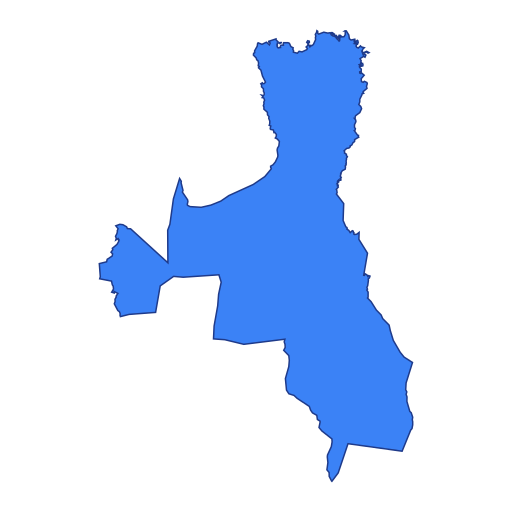 Norðurþing, Norðurland eystra, Iceland
{"feature_id": "244011B18729557885943", "entity_name": "Norðurþing", "entity_type": "district", "adm_level": 2, "iso_a3": "ISL", "parent_name": "Iceland", "parent_adm1": "Norðurland eystra", "projection": "orthographic", "projection_center": [-16.378, 66.009], "detail": "fine", "context": "isolated", "style": "filled", "palette": "blue", "viewbox_px": 512, "rotation_deg": 0, "n_neighbors": 0, "source": "geoboundaries", "source_scale": "gbopen_adm2", "svg_char_len": 5916}
<svg xmlns="http://www.w3.org/2000/svg" viewBox="0 0 512 512"><path d="M366.9,82.5L364.3,81.3L363.2,82.3L361.5,81.6L361.2,78.7L364.2,75.2L361.4,72.8L360.8,73.5L359.7,73.0L359.7,71.8L361.2,71.6L361.3,69.1L359.6,67.4L359.4,66.6L359.7,65.5L359.2,64.7L361.0,64.6L361.3,65.5L361.0,66.3L362.8,65.9L363.0,64.8L362.6,63.4L360.6,63.5L361.2,62.4L360.8,62.0L361.2,60.8L360.0,58.6L363.7,56.4L365.0,57.2L365.9,55.1L364.9,54.1L363.2,54.9L362.3,52.4L363.2,53.1L366.3,51.9L368.0,53.1L369.0,52.6L366.6,51.3L363.8,52.6L362.6,52.2L362.0,51.1L363.0,48.9L364.3,47.7L361.3,46.9L360.5,45.9L358.3,48.0L356.8,47.4L356.0,46.0L356.7,44.4L357.4,44.3L357.1,43.2L358.2,42.9L357.9,40.8L357.3,40.3L355.3,42.1L356.9,43.3L357.0,44.1L354.5,43.6L355.3,43.1L354.2,41.9L354.2,41.1L355.2,41.9L354.8,39.2L351.1,40.0L349.4,38.8L348.8,35.0L346.3,30.9L345.0,30.8L344.7,31.0L345.3,31.0L345.2,34.7L344.0,36.7L342.3,36.9L340.0,35.2L339.0,35.4L338.8,36.3L339.2,35.4L341.9,36.9L339.9,37.1L339.6,40.7L339.1,41.1L337.9,39.5L338.2,38.7L337.4,39.3L336.1,37.8L336.5,37.1L335.5,36.8L336.1,36.3L335.3,35.5L334.2,35.1L334.2,36.1L333.2,36.1L331.4,35.0L330.2,32.7L327.8,33.1L323.8,32.2L318.7,34.1L317.8,33.4L317.7,31.3L316.9,30.7L316.5,32.5L315.3,34.4L315.8,36.2L315.4,37.4L315.6,39.6L313.4,44.4L312.2,45.5L309.9,45.4L311.2,45.8L309.9,46.9L307.8,42.9L309.2,42.4L309.4,43.3L309.3,41.2L307.7,40.7L306.7,42.3L308.0,43.7L307.8,45.4L306.1,47.0L307.4,48.4L306.7,49.7L302.0,51.9L299.1,51.3L297.4,53.2L293.4,52.2L293.5,50.4L292.8,49.3L293.2,47.8L290.9,46.6L289.4,43.3L288.0,42.7L283.7,42.7L283.2,44.2L283.4,45.2L280.9,45.2L280.2,46.8L280.5,47.5L278.1,47.9L277.2,46.8L277.1,46.1L277.4,45.9L276.9,44.9L277.3,44.5L277.3,43.2L278.1,43.2L278.2,42.0L276.0,39.8L276.0,38.9L268.7,41.3L268.7,42.0L269.7,42.2L270.1,43.2L269.4,44.9L266.4,42.2L262.0,44.3L258.1,42.8L257.6,43.5L257.2,46.2L254.6,50.8L254.7,52.7L253.6,53.3L253.4,55.1L256.2,58.0L256.7,59.8L257.9,60.6L258.6,63.0L258.2,65.8L259.3,66.5L258.5,67.8L260.9,70.1L262.5,76.1L265.5,82.1L264.3,83.5L262.8,83.7L262.3,82.8L260.8,83.8L261.6,84.9L261.5,86.8L263.4,88.7L263.5,91.5L264.2,92.7L264.2,94.5L262.2,97.6L263.7,97.9L264.6,100.2L263.8,102.1L264.0,103.7L263.3,105.8L263.9,106.9L263.9,109.2L267.4,112.3L267.5,114.8L269.0,116.6L268.7,118.3L269.8,121.1L269.7,124.0L269.2,125.3L270.8,126.0L270.2,128.4L270.5,129.4L273.4,130.0L274.1,133.3L274.1,132.3L274.7,132.3L276.4,134.5L276.2,136.6L275.3,138.0L277.3,139.0L279.4,141.5L278.8,146.0L277.5,148.1L277.1,150.0L277.9,155.3L277.7,157.0L275.3,162.0L273.0,164.8L270.6,166.2L270.7,167.7L271.3,168.2L271.0,169.2L264.8,176.6L253.2,184.5L228.8,195.6L220.8,201.1L210.9,205.1L201.2,207.3L190.0,206.6L187.5,205.3L187.3,204.2L187.9,201.6L187.6,199.8L182.4,192.1L183.0,190.4L181.1,182.8L181.3,181.3L179.6,178.5L173.4,198.9L169.9,224.3L167.7,230.2L167.9,262.8L130.6,228.8L127.4,228.6L126.6,226.8L122.9,224.7L119.8,224.3L115.8,225.8L118.1,228.7L117.2,230.9L117.4,231.6L116.9,233.6L115.5,236.3L116.3,238.3L115.8,240.0L118.1,238.5L118.8,239.6L117.9,239.6L118.7,240.0L118.8,241.2L117.0,244.4L112.3,248.3L112.8,249.7L111.0,252.2L112.6,253.8L112.2,256.0L107.2,259.3L106.6,261.8L99.3,263.6L100.3,276.7L99.7,278.8L111.5,281.1L112.3,284.8L113.2,286.2L113.5,289.0L111.7,292.2L114.2,293.0L114.2,291.5L117.9,293.4L116.1,296.1L116.2,297.1L115.0,299.2L115.1,301.5L114.3,303.8L117.8,310.5L119.4,311.7L120.2,313.8L120.0,315.1L120.4,316.6L129.1,314.4L155.6,312.4L160.2,285.9L173.6,276.4L183.2,277.2L218.9,274.8L221.2,282.2L218.6,294.3L217.7,305.8L214.1,326.0L213.5,338.9L224.8,339.7L243.8,344.3L284.9,339.2L284.2,341.9L285.0,344.3L285.2,347.4L283.7,350.3L288.8,355.6L289.3,360.4L288.8,366.6L285.4,378.6L286.5,390.1L288.9,393.8L294.0,395.4L297.2,398.4L309.3,406.4L310.6,410.1L312.5,412.9L316.8,415.3L317.4,419.5L320.0,421.1L320.1,422.1L319.0,427.5L321.9,431.0L331.9,438.9L332.1,441.9L331.3,446.7L327.5,455.0L327.3,457.0L327.9,462.6L326.9,469.8L329.1,472.5L329.2,476.4L331.5,480.9L331.9,481.3L338.2,472.9L348.0,443.7L402.1,451.2L410.7,430.1L412.0,428.6L412.7,424.9L412.7,421.7L412.3,419.8L412.7,417.2L411.2,412.7L409.8,411.4L406.9,401.4L407.0,396.9L406.1,394.3L406.8,391.9L405.7,389.8L406.1,382.9L412.5,362.5L404.1,357.1L400.2,352.3L393.3,340.4L390.3,330.6L389.1,325.1L382.7,318.6L381.1,314.9L376.4,310.1L371.1,301.7L367.5,298.0L368.1,297.2L368.1,292.1L366.8,290.0L367.5,289.2L366.9,287.4L367.7,285.7L368.4,280.4L368.2,279.0L369.4,277.9L370.0,276.1L368.6,275.6L367.9,276.5L367.0,274.9L365.3,273.9L364.4,275.4L363.7,275.3L367.5,253.2L358.9,239.4L359.1,232.4L356.8,234.2L354.5,234.5L353.8,234.0L354.0,232.8L353.4,232.4L353.3,231.2L352.3,230.7L350.2,232.6L348.8,230.4L346.9,229.1L347.2,228.2L346.8,227.4L345.8,226.8L343.1,220.5L343.7,203.6L336.4,194.0L337.1,192.7L336.7,189.9L336.3,189.3L338.3,187.1L338.0,186.3L338.2,185.4L337.4,185.6L337.5,183.8L337.0,183.7L338.2,182.2L337.5,182.1L337.5,181.2L338.5,180.1L338.9,181.0L339.1,180.3L340.8,180.2L340.9,179.2L340.1,178.8L341.2,177.6L340.4,176.7L340.7,176.3L340.4,175.3L341.1,173.7L340.7,173.3L342.3,170.7L345.2,169.2L345.5,167.0L345.2,165.9L346.2,164.8L345.8,163.9L346.3,163.2L346.1,160.9L346.5,159.3L346.4,158.2L347.4,156.7L346.4,155.4L346.4,154.2L344.5,153.0L344.7,152.0L344.1,150.8L346.7,148.4L349.0,148.0L350.3,146.7L350.1,145.9L351.8,145.0L353.1,142.5L354.2,141.9L354.7,141.1L354.6,139.6L358.7,137.2L358.3,136.7L358.5,135.4L357.5,135.1L354.3,130.6L355.0,130.3L355.4,128.6L354.5,127.4L354.5,124.7L355.9,121.7L355.7,120.0L354.6,118.6L355.1,118.7L355.2,116.8L355.6,115.7L359.8,112.6L361.6,108.7L360.8,106.5L358.8,104.5L359.8,101.9L359.8,99.2L361.9,94.9L362.0,93.9L363.7,93.3L362.9,92.2L363.4,91.4L367.0,88.4L366.5,86.4L367.3,83.6L366.9,82.5ZM332.3,32.6L331.0,32.6L333.2,33.7L332.6,33.9L332.9,34.3L335.0,34.6L332.3,32.6ZM282.0,42.5L279.8,42.6L279.8,43.4L282.0,42.5ZM338.2,37.5L338.9,36.5L337.2,37.2L338.2,37.5ZM336.9,36.6L336.6,35.8L335.8,35.0L336.5,36.4L336.9,36.6ZM262.7,95.6L262.2,95.3L261.7,95.2L261.9,95.4L262.7,95.6Z" fill="#3b82f6" stroke="#1e3a8a" stroke-width="1.5"/></svg>